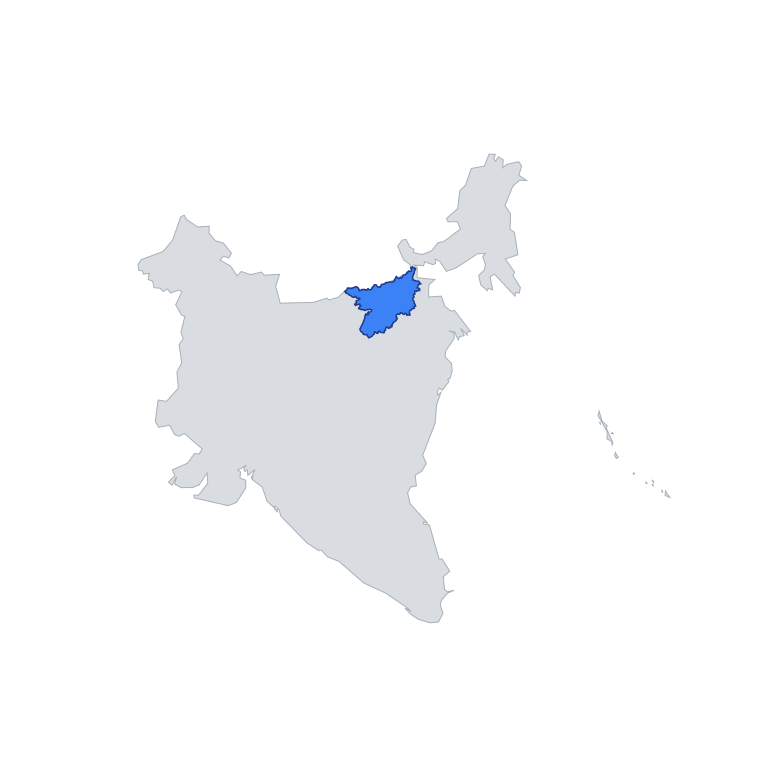 location of Bihar within India, rotated 327°
{"feature_id": "IND-3258", "entity_name": "Bihar", "entity_type": "State", "adm_level": 1, "iso_a3": "IND", "parent_name": "India", "parent_adm1": "", "projection": "mercator", "projection_center": [85.594, 25.909], "detail": "fine", "context": "in_parent", "style": "filled", "palette": "blue", "viewbox_px": 768, "rotation_deg": 327, "n_neighbors": 0, "source": "natural_earth", "source_scale": "10m", "svg_char_len": 9640}
<svg xmlns="http://www.w3.org/2000/svg" viewBox="0 0 768 768"><g transform="rotate(327 384 384)"><path d="M149.8,348.8L158.8,347.0L159.7,340.8L176.2,343.4L187.1,339.1L190.8,342.1L196.1,339.3L189.7,316.8L183.5,316.1L180.9,312.5L181.7,301.8L171.4,297.6L171.9,290.7L185.8,274.4L192.1,280.1L209.3,275.5L216.9,261.1L225.9,256.1L233.6,239.4L240.4,236.4L241.9,230.0L253.7,218.9L251.8,216.0L252.4,204.1L264.8,196.6L263.3,193.6L254.5,191.3L254.2,186.3L249.2,186.1L248.4,181.8L243.6,178.0L245.9,171.9L243.1,167.8L247.5,163.4L242.0,160.9L243.1,157.8L240.2,155.0L242.9,149.7L248.3,147.5L271.0,152.6L285.2,148.1L304.5,133.1L308.4,133.5L307.9,138.0L313.0,150.6L323.3,156.5L319.4,162.1L320.6,172.0L326.0,178.3L327.3,191.2L322.5,193.9L319.0,189.3L314.0,190.8L319.5,201.5L319.7,213.4L325.5,211.9L331.7,219.6L342.2,223.4L342.9,227.6L356.1,235.1L346.3,243.1L341.0,259.7L369.6,277.3L382.8,280.8L383.7,283.6L392.7,286.3L405.5,284.1L413.9,287.6L415.1,292.2L424.0,297.5L429.3,295.8L432.9,300.1L468.2,304.1L470.9,297.9L468.0,290.5L470.6,275.8L477.6,273.2L481.2,274.7L480.3,283.5L482.6,287.3L480.2,289.8L486.7,296.3L496.6,298.3L506.0,294.9L512.3,297.1L532.5,295.6L533.9,287.7L526.0,282.9L526.6,279.2L541.3,277.1L552.6,263.4L560.8,261.5L574.6,250.8L586.9,255.9L597.3,248.4L602.4,252.0L598.7,255.1L598.9,258.0L603.7,255.7L606.1,260.9L601.3,267.3L606.4,266.5L618.0,270.9L618.2,276.0L610.8,282.4L614.4,290.9L608.5,287.0L599.8,288.2L582.7,300.2L582.8,310.2L573.9,323.0L576.0,327.8L566.7,348.5L553.8,345.2L554.4,361.5L551.2,363.3L551.0,377.2L547.1,381.4L544.1,378.9L541.7,381.6L536.5,351.9L531.4,351.8L526.4,364.2L523.5,360.4L521.5,362.0L519.1,353.7L522.4,344.7L530.5,342.9L534.1,339.1L536.2,330.8L540.0,329.7L533.3,325.7L507.5,325.9L497.7,323.5L497.6,311.9L495.1,307.1L493.2,310.8L490.3,310.8L484.6,303.6L481.6,306.4L474.2,300.8L475.4,304.3L469.6,312.9L483.6,324.1L475.6,325.3L468.7,335.3L479.9,341.5L477.4,352.0L479.9,359.4L483.2,360.6L485.2,387.2L482.1,385.6L480.3,388.4L478.6,379.1L477.7,387.1L472.9,385.4L470.3,387.5L471.4,378.8L467.3,374.7L470.8,379.1L467.5,384.2L453.9,389.8L450.0,394.4L451.8,403.6L448.2,410.3L442.2,415.5L440.1,414.7L439.7,417.4L429.4,420.9L428.2,417.5L424.1,419.8L423.0,422.5L427.2,422.0L416.4,430.5L405.7,444.6L377.7,464.8L376.1,473.8L368.1,477.7L360.5,477.5L355.6,487.2L350.2,484.9L344.6,488.0L340.7,498.6L344.8,524.9L342.4,521.1L340.8,522.9L345.3,527.0L334.9,560.6L337.4,562.5L337.2,576.8L328.8,577.9L322.8,589.2L324.1,592.9L330.4,595.2L323.5,594.0L314.5,596.6L310.8,600.1L308.7,608.4L300.0,613.3L292.7,609.5L284.5,599.9L280.8,591.0L279.5,583.3L283.0,589.6L281.2,583.3L271.2,559.8L258.7,540.1L249.6,508.2L242.7,498.6L240.8,488.8L238.4,488.0L232.9,475.5L225.5,438.7L227.5,432.3L227.0,430.0L224.8,433.1L224.3,431.3L224.4,427.6L227.3,427.9L224.1,426.5L222.1,418.5L225.8,404.1L221.4,392.1L223.2,390.4L221.2,390.5L229.3,385.5L220.1,386.5L222.6,381.7L219.8,381.6L220.3,378.4L224.4,377.2L214.3,376.5L215.8,379.7L212.0,384.3L215.5,389.3L211.6,395.8L195.7,403.0L187.1,401.2L162.8,376.2L164.1,373.6L167.7,376.3L182.1,371.3L187.1,362.3L173.9,368.0L167.0,366.5L157.5,360.5L153.9,353.9L159.6,348.9L151.0,353.4L149.8,348.8ZM544.1,557.0L541.1,551.4L545.2,545.7L546.3,527.0L549.6,523.9L546.7,533.9L548.4,540.5L546.4,542.2L544.1,557.0ZM561.8,627.0L561.9,634.9L559.1,630.5L561.8,627.0ZM540.6,573.0L538.4,573.1L538.2,569.8L540.7,567.4L540.6,573.0ZM554.6,614.3L554.4,616.6L553.9,614.5L554.6,614.3ZM557.1,611.1L556.2,614.2L556.5,610.9L557.1,611.1ZM559.7,624.1L558.8,626.5L558.2,625.6L559.7,624.1ZM545.5,595.5L544.0,595.7L544.7,594.4L545.5,595.5ZM543.6,558.2L542.1,559.4L542.8,557.4L543.6,558.2ZM548.8,548.8L549.6,551.0L547.9,549.3L548.8,548.8ZM550.8,610.5L549.6,610.1L550.1,608.9L550.8,610.5ZM544.2,533.8L543.5,536.2L543.9,533.6L544.2,533.8Z" fill="#d9dde1" stroke="#a8b0b8" stroke-width="1"/><path d="M462.3,303.9L463.2,303.3L463.6,303.6L463.9,303.7L464.2,303.6L464.4,302.9L464.6,302.8L465.2,303.1L465.4,303.1L465.9,302.7L466.2,302.6L466.6,303.0L466.9,303.6L467.2,303.8L467.9,304.3L468.4,304.3L469.0,303.6L469.5,302.8L469.6,302.0L469.6,301.6L469.7,301.2L470.4,301.4L471.4,301.1L471.6,301.1L471.4,301.9L472.1,302.4L472.8,303.2L472.4,303.5L472.4,303.8L473.1,304.3L473.2,304.6L473.1,304.8L472.5,304.9L471.8,305.5L471.2,305.8L469.6,307.5L468.9,307.8L468.6,308.2L468.0,308.3L467.8,308.4L467.3,309.1L466.2,310.0L465.7,310.5L465.5,311.3L465.4,312.0L465.0,312.3L464.9,312.5L465.2,313.2L466.1,313.7L466.6,314.4L466.8,314.9L467.2,315.3L467.4,315.6L468.4,316.1L469.0,316.6L469.2,317.8L469.0,319.0L469.3,319.5L469.4,320.0L468.4,319.8L468.1,319.7L467.9,319.3L467.6,319.2L467.0,319.6L466.4,319.8L466.1,320.2L465.9,320.3L464.6,320.9L464.5,321.1L464.2,321.5L464.5,321.7L464.7,322.2L465.1,322.2L465.3,322.5L465.5,323.3L465.7,323.6L465.7,323.8L465.4,324.3L464.8,324.9L464.6,324.5L464.3,324.3L463.9,324.2L463.2,324.3L462.8,324.2L461.8,324.0L461.4,323.3L460.6,322.9L459.8,323.6L459.6,324.0L459.5,324.4L459.2,324.6L459.0,325.3L458.8,325.5L457.9,325.2L457.7,325.4L457.1,325.4L456.9,325.6L456.8,326.0L456.4,327.6L455.7,327.4L455.2,327.6L454.7,328.1L454.2,328.9L454.1,329.2L454.2,331.1L454.0,331.5L453.3,332.6L453.5,333.2L453.3,334.0L453.3,334.6L453.1,335.4L453.0,335.8L452.9,336.0L452.4,336.0L451.6,335.7L450.9,335.5L450.9,335.8L450.5,336.4L450.5,337.0L449.2,336.6L448.7,336.2L448.3,336.0L448.0,336.1L447.9,336.5L447.5,336.7L446.6,336.8L445.9,336.4L445.6,336.4L444.1,337.9L444.0,338.5L444.0,339.1L443.6,339.4L443.6,339.9L443.4,340.3L443.2,340.3L442.9,340.1L441.9,339.4L440.6,338.7L440.6,338.3L441.0,337.9L441.1,337.5L441.0,337.0L440.8,336.6L440.4,336.6L439.8,336.3L439.3,336.6L439.0,336.6L438.7,336.5L438.4,336.3L438.1,335.8L437.9,334.5L437.7,334.2L436.7,333.8L436.9,333.3L436.8,333.1L436.5,333.2L435.5,333.9L434.8,334.0L433.8,332.9L433.5,332.7L432.1,332.8L431.9,332.8L431.5,333.3L431.3,333.8L431.3,334.3L431.1,334.7L430.5,334.9L430.8,335.7L430.8,336.3L430.7,336.5L430.1,336.6L429.4,336.5L429.3,336.8L428.6,337.5L428.4,337.5L427.9,337.4L427.2,337.4L426.4,337.4L426.1,337.5L424.6,337.8L424.5,338.1L422.9,338.7L422.7,338.9L422.7,339.4L421.6,340.3L421.4,340.2L421.5,339.6L421.4,339.4L420.4,339.8L419.8,340.1L419.5,340.2L418.7,340.1L418.3,339.8L418.1,338.6L417.6,338.7L417.3,337.8L417.1,337.6L416.9,337.6L415.1,338.7L414.6,339.7L413.9,339.6L413.5,339.4L413.3,339.8L412.9,340.1L412.7,340.6L412.4,340.9L411.8,341.0L411.4,340.7L411.0,340.2L410.0,339.5L409.1,338.5L409.1,338.4L409.3,338.0L409.3,337.5L409.0,337.0L408.7,337.0L408.4,337.2L408.0,337.1L407.7,337.2L407.3,337.2L407.2,337.2L407.2,337.7L407.1,337.9L406.9,337.9L406.8,337.4L406.6,337.3L406.4,337.9L406.2,338.1L405.8,337.8L404.8,335.3L404.4,335.1L403.9,336.0L403.5,336.2L403.3,336.5L403.1,336.7L402.8,336.8L401.7,336.9L401.0,336.8L400.7,336.9L400.3,337.3L400.1,337.4L399.2,337.4L396.7,337.0L396.4,337.0L396.4,335.9L396.4,335.3L396.2,334.6L396.5,333.9L396.4,333.2L396.2,332.9L395.6,332.8L395.1,332.5L394.8,332.2L394.5,331.7L394.1,331.5L393.8,331.1L393.7,330.9L393.7,330.7L393.9,329.9L393.9,328.7L393.3,327.7L393.2,327.3L393.4,325.4L393.7,324.9L394.2,324.5L395.8,323.6L396.3,323.2L400.5,320.8L400.9,320.4L401.1,320.0L402.3,319.5L402.5,319.3L402.8,318.9L404.1,317.9L405.0,316.7L406.4,315.6L407.0,315.4L407.5,315.8L407.5,316.6L407.6,316.9L408.0,317.2L408.5,317.3L409.0,317.1L409.3,317.0L409.3,316.6L409.1,315.9L409.1,315.5L409.8,315.2L410.1,315.1L410.3,315.2L411.1,315.9L411.9,316.2L412.5,316.2L412.8,316.2L413.6,315.6L413.7,315.4L413.7,315.2L413.9,314.9L413.9,314.7L412.6,313.4L411.4,313.2L410.7,312.8L410.4,312.3L410.1,312.0L409.6,312.0L408.6,312.2L408.3,312.1L408.0,311.9L407.6,311.4L407.4,310.6L406.9,310.5L406.8,310.1L406.5,309.7L405.1,309.0L404.7,308.0L404.4,307.6L403.9,307.2L403.9,306.7L404.2,306.4L405.5,306.2L406.0,305.9L406.7,306.0L407.0,305.8L407.1,305.7L406.8,305.3L406.7,304.9L407.1,304.0L407.1,303.8L406.9,303.7L405.5,303.3L404.3,302.4L403.9,302.7L403.6,302.8L402.9,302.6L402.8,302.2L402.8,301.4L402.9,301.1L403.2,301.1L403.4,301.6L403.5,301.7L403.9,301.1L404.9,300.8L405.2,300.3L405.5,299.5L405.7,299.3L406.7,299.2L407.8,299.4L410.2,299.4L410.4,299.2L410.2,298.8L409.0,297.6L408.6,297.4L408.0,297.3L407.9,297.1L408.0,295.6L407.9,295.2L407.7,294.9L407.1,294.9L406.6,295.2L405.8,294.7L405.2,294.3L404.5,293.0L404.5,292.4L404.4,291.9L404.0,291.5L403.7,290.8L403.1,290.2L403.1,288.9L402.8,288.5L402.2,287.9L402.3,287.1L402.2,287.0L401.6,287.0L401.7,286.7L402.1,286.4L402.0,285.9L401.5,285.4L401.4,285.1L402.8,284.8L403.7,285.0L404.2,285.0L404.5,284.8L405.3,283.8L405.7,283.6L405.9,283.7L406.0,284.0L406.7,284.4L407.1,285.0L407.7,285.0L407.9,285.2L408.4,285.9L408.7,286.2L413.3,287.0L413.8,287.4L414.2,288.0L414.6,289.3L414.7,290.0L414.6,290.7L414.0,291.9L414.1,292.3L414.3,292.4L416.3,293.0L416.5,293.0L416.9,292.7L417.2,292.8L417.4,293.0L417.7,293.3L418.9,293.8L419.1,294.1L419.4,294.8L420.4,295.2L420.4,295.7L420.8,295.8L421.7,295.4L422.1,295.4L422.7,295.6L422.8,296.8L423.3,297.3L424.7,297.7L425.5,297.5L426.3,296.8L426.9,296.9L427.2,296.8L428.5,296.1L429.7,295.6L429.9,295.6L431.2,296.3L431.4,296.6L431.5,297.2L431.4,298.6L431.6,299.2L432.7,300.2L433.1,300.1L433.3,300.2L433.3,300.7L433.4,300.8L434.0,300.5L435.4,299.4L436.4,299.2L436.8,299.3L438.0,300.1L438.6,300.1L439.3,300.5L439.8,300.2L440.7,299.9L441.0,300.0L441.1,300.4L441.3,300.5L441.9,300.5L443.3,301.2L444.1,301.4L445.1,302.2L446.2,302.7L447.3,303.4L447.6,303.5L448.0,303.0L448.3,302.9L449.0,303.2L449.4,303.1L449.8,302.8L450.1,302.4L450.2,302.0L450.7,301.7L451.8,301.4L452.7,300.5L452.9,300.5L453.0,301.2L453.3,302.6L453.6,303.2L453.9,303.7L454.4,303.8L455.8,303.6L456.2,304.3L457.1,304.7L457.3,304.7L457.5,304.6L458.0,303.7L458.4,303.4L458.9,303.3L459.9,303.3L461.1,304.0L461.7,304.1L462.3,303.9Z" fill="#3b82f6" stroke="#1e3a8a" stroke-width="1.5"/></g></svg>